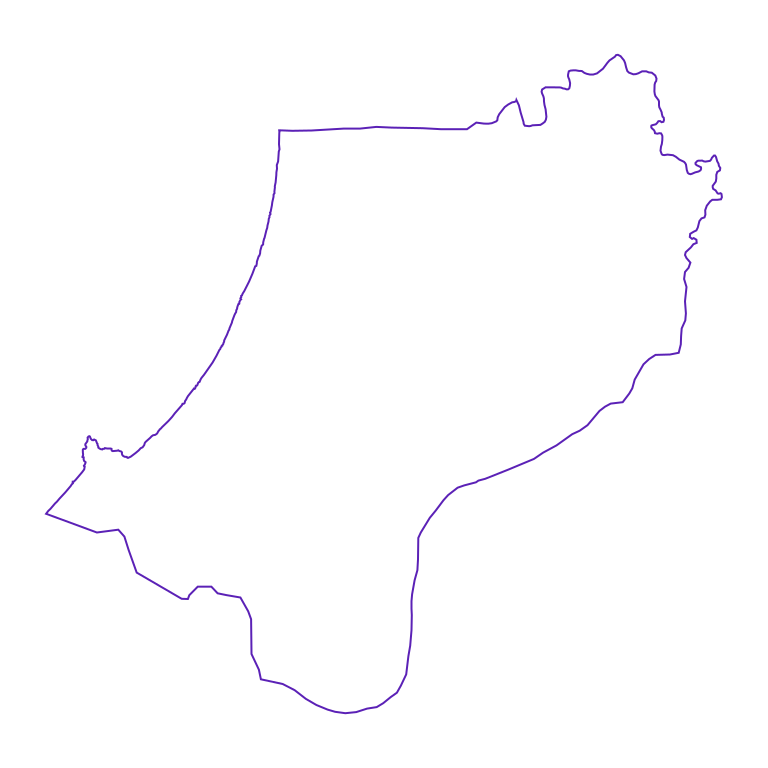 Kota Singkawang, Kalimantan Barat, Indonesia
{"feature_id": "22746128B18670307275317", "entity_name": "Kota Singkawang", "entity_type": "district", "adm_level": 2, "iso_a3": "IDN", "parent_name": "Indonesia", "parent_adm1": "Kalimantan Barat", "projection": "natural_earth1", "projection_center": [108.996, 0.891], "detail": "fine", "context": "isolated", "style": "outline", "palette": "violet", "viewbox_px": 768, "rotation_deg": 0, "n_neighbors": 0, "source": "geoboundaries", "source_scale": "gbopen_adm2", "svg_char_len": 6013}
<svg xmlns="http://www.w3.org/2000/svg" viewBox="0 0 768 768"><path d="M720.6,193.2L718.8,193.7L717.6,193.4L715.6,190.4L713.2,188.9L712.7,187.3L712.7,185.8L715.8,181.6L716.3,178.5L716.3,174.8L717.3,171.9L719.9,170.4L720.3,168.0L718.9,165.8L718.5,163.6L717.2,161.3L716.0,157.0L715.0,155.5L714.0,155.5L711.9,157.8L711.1,159.6L709.9,160.9L705.4,161.6L703.6,161.3L702.3,160.6L698.3,160.7L697.3,161.0L695.5,162.9L695.5,164.0L696.5,165.1L701.0,167.3L701.1,168.9L700.5,170.3L698.6,171.5L695.1,172.4L691.9,173.8L690.4,174.2L688.8,173.7L687.8,172.9L686.8,170.0L686.0,164.6L685.2,163.1L684.0,161.8L679.4,159.6L675.9,156.8L673.0,155.2L667.5,154.6L664.3,155.1L663.3,155.0L662.4,154.8L661.6,153.9L660.5,150.7L661.0,146.6L661.8,144.1L662.3,140.2L662.4,136.8L662.2,135.4L661.1,133.4L659.4,133.2L657.3,133.7L655.0,133.2L654.7,131.5L653.9,130.1L651.7,128.1L651.2,127.0L651.4,125.6L652.2,125.2L655.8,124.3L657.2,122.9L658.4,121.2L660.2,121.1L661.6,122.2L663.4,121.8L664.0,120.0L663.7,117.6L662.6,116.7L661.8,113.6L661.7,112.4L660.4,109.4L659.3,107.3L659.0,105.3L659.0,101.6L658.6,100.3L655.4,96.0L654.8,94.2L654.4,91.4L654.6,84.6L655.2,82.5L656.2,81.0L656.5,78.6L655.3,75.5L651.8,72.7L648.8,72.4L646.2,71.3L642.2,71.3L638.3,73.3L635.9,74.1L633.3,74.3L628.9,72.6L627.3,71.0L626.1,67.3L625.1,63.0L624.0,60.4L620.6,56.2L617.9,54.8L616.1,55.1L614.9,56.7L609.5,60.4L607.4,62.8L603.0,68.7L597.0,73.4L593.3,74.5L589.8,74.5L586.7,73.8L584.4,72.9L581.8,71.0L578.9,70.9L575.6,70.3L573.6,70.3L570.5,70.6L568.8,71.3L568.1,74.4L568.0,76.1L568.5,77.8L569.2,79.3L570.1,83.1L569.9,85.8L569.3,88.3L568.1,89.3L566.4,89.3L565.0,88.7L562.9,88.4L561.1,87.6L559.5,87.4L545.6,87.3L542.1,89.5L541.6,91.7L542.1,93.5L543.4,96.4L543.9,98.4L544.0,101.5L544.5,105.0L545.6,109.3L546.4,116.8L545.9,119.6L544.8,121.8L542.9,123.3L540.4,124.9L532.5,125.3L530.6,126.0L529.1,126.2L524.8,125.7L523.7,123.8L523.5,122.0L520.7,112.7L518.9,105.3L516.4,100.0L516.1,101.2L514.2,102.0L512.2,102.3L508.2,104.5L504.7,107.1L499.2,114.2L497.7,117.3L497.3,120.3L496.2,121.4L491.8,123.2L488.2,123.7L484.0,123.6L476.3,122.6L467.0,129.2L441.0,129.2L422.7,128.2L391.8,127.6L376.3,126.9L360.0,128.6L343.7,128.6L311.7,130.5L292.3,130.8L279.2,130.3L279.2,131.0L279.6,131.5L279.3,132.6L279.0,144.2L279.5,149.3L278.8,151.5L278.1,161.5L276.8,165.1L277.0,168.7L276.4,172.3L276.3,175.2L275.6,182.5L274.8,186.3L274.9,187.3L274.4,191.6L274.5,193.2L273.6,194.5L273.5,196.9L272.3,202.2L271.9,205.4L270.6,211.9L270.0,212.6L270.1,213.2L270.5,213.8L270.5,214.2L269.4,215.7L269.5,217.2L268.8,218.7L268.5,221.6L267.5,225.5L267.2,227.9L266.4,230.2L264.5,238.0L264.1,238.7L263.2,242.4L263.1,244.5L261.7,245.7L260.3,250.7L260.1,253.4L259.3,255.8L258.7,256.2L256.9,261.6L256.8,263.5L256.3,265.9L255.2,266.3L252.4,273.8L249.1,281.5L244.2,291.2L242.7,293.5L242.0,295.3L241.1,296.0L241.3,297.1L240.4,298.3L241.1,299.4L240.5,299.8L239.4,301.8L239.3,303.7L239.0,304.0L238.5,303.9L237.8,305.6L237.2,307.5L237.1,308.7L236.3,310.2L236.1,312.1L235.2,313.5L234.4,315.2L232.2,321.1L231.9,322.6L229.4,328.5L229.3,329.6L228.6,330.5L227.0,334.7L224.2,340.4L224.1,341.8L223.6,342.6L223.2,344.2L222.5,344.9L222.4,345.6L221.7,345.9L221.6,346.6L220.7,347.6L220.2,349.1L219.4,349.9L216.5,355.7L212.6,362.5L204.0,374.8L201.5,377.9L200.6,379.4L199.6,381.9L199.3,382.1L198.8,382.1L198.1,382.9L197.4,385.0L196.6,385.8L196.0,385.7L195.6,386.3L195.5,387.6L194.8,388.8L194.6,388.9L194.0,388.5L187.9,396.2L186.7,398.3L186.2,399.5L185.2,400.8L184.5,403.2L183.6,403.8L182.5,403.8L181.9,405.2L174.8,413.3L172.1,416.9L168.3,421.1L162.0,427.2L160.9,428.5L159.6,429.5L159.3,430.2L158.4,431.1L157.1,433.5L155.4,434.8L153.0,435.3L151.6,436.3L150.2,437.8L145.6,441.9L144.8,443.0L144.2,445.1L142.6,447.3L140.7,448.2L138.7,450.4L135.6,453.0L130.7,456.7L128.0,457.9L127.3,457.7L126.8,456.9L124.9,456.8L123.3,456.1L122.2,454.8L121.9,453.7L122.0,452.6L121.8,452.1L121.0,451.4L119.3,451.0L118.3,450.3L117.2,450.7L112.8,451.1L112.0,450.8L111.6,450.2L111.5,448.8L110.5,448.5L107.0,448.5L104.9,448.1L104.5,448.7L102.8,448.9L102.4,449.4L100.9,449.2L99.6,448.6L98.3,447.6L98.3,446.5L97.6,445.3L97.5,443.8L97.1,443.5L95.9,440.4L94.1,439.5L93.4,440.2L92.1,440.1L90.8,438.8L89.9,436.5L89.3,436.2L88.5,436.5L87.6,437.6L87.8,439.3L87.4,440.4L87.3,441.4L85.3,444.2L85.4,445.5L86.3,446.7L86.3,447.7L85.4,448.8L83.5,448.9L82.9,449.5L82.8,450.0L82.9,452.9L83.1,454.2L83.0,455.6L82.5,456.4L82.5,457.1L83.7,457.4L83.6,459.3L84.1,460.9L85.6,462.2L85.4,463.1L84.7,464.8L83.9,465.7L84.0,466.1L84.7,466.7L84.2,469.4L82.2,472.1L75.5,480.0L73.6,481.8L72.7,481.7L72.6,482.5L72.9,483.3L71.7,484.4L70.7,486.0L65.2,492.5L59.5,498.6L56.9,501.7L55.1,503.4L50.4,508.9L48.2,511.0L46.1,513.8L96.9,532.5L118.3,529.7L124.4,536.6L128.6,549.9L136.7,572.6L181.7,598.8L187.9,599.0L189.3,595.2L197.7,586.7L211.4,586.7L217.6,593.3L226.4,595.1L240.4,597.5L248.2,611.3L251.1,619.2L251.5,654.0L258.9,669.7L260.9,679.3L282.7,684.0L294.7,690.2L305.9,698.9L316.4,705.0L327.6,709.6L335.1,711.8L345.3,713.2L356.2,712.1L367.1,708.6L376.7,707.1L383.2,703.2L390.7,697.1L396.9,692.7L400.9,685.6L406.2,674.4L408.4,656.1L410.2,645.7L411.5,630.2L411.8,615.1L411.5,608.7L411.5,601.1L412.1,594.3L414.6,580.3L417.4,570.2L418.0,559.5L418.3,537.9L420.8,532.5L429.8,517.8L435.7,510.6L443.5,500.2L448.1,495.1L457.6,487.7L464.2,485.4L476.0,482.3L478.4,480.6L485.2,478.8L508.1,469.7L534.0,458.9L543.0,452.7L556.5,445.4L572.2,434.2L579.7,430.7L587.5,425.2L599.5,410.9L605.0,406.7L610.7,403.6L622.7,402.2L629.3,393.5L632.3,388.3L634.7,379.6L643.5,364.3L649.2,359.0L655.5,354.9L670.0,354.5L678.7,352.8L680.8,344.4L681.1,336.1L681.7,328.4L685.3,320.4L685.9,313.4L685.0,301.3L686.5,287.0L684.1,279.0L685.0,272.0L688.6,267.8L690.4,262.6L686.5,258.1L685.0,255.0L685.7,252.2L690.9,247.4L693.4,244.2L696.7,242.9L696.4,239.7L693.7,238.1L692.1,238.9L689.8,237.0L690.2,233.8L693.7,231.7L696.4,230.4L697.8,227.5L699.4,221.1L701.5,218.4L704.5,217.4L705.4,214.7L705.2,210.2L706.8,205.7L710.2,201.4L712.3,199.8L717.3,199.8L721.0,199.3L721.9,197.2L721.5,194.0L720.6,193.2Z" fill="none" stroke="#5b21b6" stroke-width="2"/></svg>